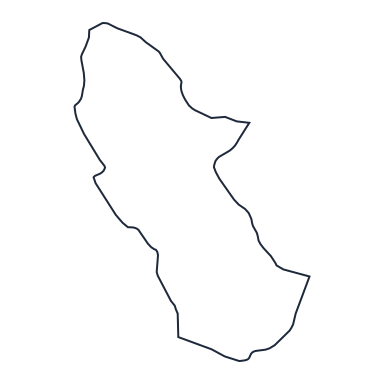 SVG path tracing the border of Cuscatlán
{"feature_id": "SLV-1345", "entity_name": "Cuscatlán", "entity_type": "Department", "adm_level": 1, "iso_a3": "SLV", "parent_name": "El Salvador", "parent_adm1": "", "projection": "orthographic", "projection_center": [-89.024, 13.859], "detail": "fine", "context": "isolated", "style": "outline", "palette": "slate", "viewbox_px": 384, "rotation_deg": 0, "n_neighbors": 0, "source": "natural_earth", "source_scale": "10m", "svg_char_len": 1625}
<svg xmlns="http://www.w3.org/2000/svg" viewBox="0 0 384 384"><path d="M249.3,122.8L238.1,140.5L237.2,142.3L235.0,145.6L232.5,148.3L229.6,150.7L219.5,156.6L218.0,157.8L216.8,159.2L215.6,160.8L214.9,162.7L214.3,164.8L213.9,167.1L215.8,172.1L219.4,178.8L234.1,199.7L238.8,204.7L245.0,208.9L248.7,213.0L251.4,219.1L252.0,222.6L252.9,225.9L256.7,232.6L257.6,235.5L258.6,240.6L260.4,244.0L263.6,248.2L270.9,256.1L275.7,263.5L276.5,265.4L283.3,269.4L309.5,276.5L295.7,313.5L293.1,324.4L291.3,328.0L289.6,330.6L274.8,345.1L269.6,348.3L265.4,349.7L255.9,350.9L253.9,351.5L252.2,352.5L251.0,353.9L249.3,357.7L248.1,359.1L246.5,359.9L245.0,360.3L241.6,360.8L239.1,361.0L224.7,356.4L211.6,349.3L178.3,337.1L177.7,313.6L176.0,309.7L174.7,305.6L171.0,301.0L157.8,275.8L156.7,272.1L158.0,255.3L157.3,251.9L155.9,249.8L154.0,249.1L151.1,247.1L148.0,243.8L138.4,229.8L136.9,228.7L135.0,227.9L132.8,227.4L127.9,227.2L122.7,222.9L115.8,214.9L95.6,183.2L93.6,177.3L94.9,175.9L100.4,173.5L102.3,172.1L103.8,170.5L105.1,167.6L104.4,165.8L99.8,159.9L84.1,134.1L76.9,119.2L75.4,113.4L74.5,106.7L75.0,105.5L76.2,104.4L77.6,103.3L78.9,102.0L80.9,98.9L81.6,97.0L82.1,94.8L82.8,90.3L83.9,86.0L84.2,82.8L84.2,82.0L84.4,80.5L83.8,73.0L81.4,60.2L81.1,56.8L81.9,54.3L85.5,46.8L88.9,37.6L89.3,30.0L102.6,23.0L105.0,23.1L107.6,23.4L117.1,28.2L136.5,35.3L140.4,37.3L145.8,42.2L158.6,51.4L159.8,52.8L163.2,58.9L179.8,78.7L181.2,80.8L181.5,82.1L181.5,82.3L180.9,85.6L180.9,87.7L181.2,89.7L181.6,91.6L182.9,95.2L185.0,99.4L188.9,105.4L192.3,108.5L195.2,110.3L211.4,118.0L225.1,116.9L236.8,121.4L249.3,122.8Z" fill="none" stroke="#1e293b" stroke-width="2"/></svg>